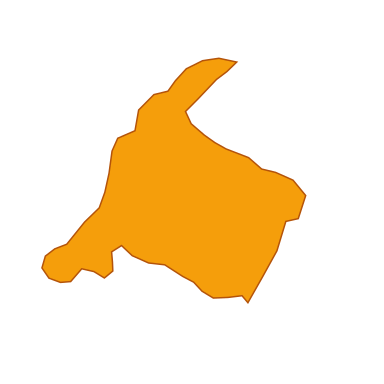 Keryneia, Cyprus (Mercator projection), rotated 294°
{"feature_id": "46923920B20243992884618", "entity_name": "Keryneia", "entity_type": "district", "adm_level": 2, "iso_a3": "CYP", "parent_name": "Cyprus", "parent_adm1": "", "projection": "mercator", "projection_center": [33.314, 35.328], "detail": "fine", "context": "isolated", "style": "filled", "palette": "amber", "viewbox_px": 384, "rotation_deg": 294, "n_neighbors": 0, "source": "geoboundaries", "source_scale": "gbopen_adm2", "svg_char_len": 872}
<svg xmlns="http://www.w3.org/2000/svg" viewBox="0 0 384 384"><g transform="rotate(294 192 192)"><path d="M113.6,288.1L143.6,291.0L172.8,293.5L203.3,289.7L210.9,299.9L235.0,297.3L243.9,279.5L243.9,260.4L241.3,246.3L246.4,229.8L245.2,205.5L246.4,192.8L249.0,180.0L254.0,163.5L262.9,153.3L279.4,159.6L304.8,168.6L316.2,174.9L328.9,180.0L325.1,162.2L319.3,153.0L316.2,148.2L302.3,136.7L287.0,131.6L274.3,129.0L265.5,117.6L245.2,109.9L224.8,115.0L210.9,102.3L196.9,102.3L175.3,108.6L156.3,112.5L139.8,113.7L120.8,106.1L93.3,98.8L84.3,89.8L73.8,84.1L61.6,85.8L55.1,96.4L55.9,108.6L60.8,117.6L77.0,122.5L79.4,134.7L78.8,139.5L77.8,146.9L79.7,147.9L87.6,151.8L95.7,147.8L104.6,142.9L114.4,149.4L109.5,163.3L109.5,181.2L114.4,196.7L111.1,217.9L110.3,230.2L105.4,241.6L103.8,254.6L110.3,267.7L117.6,279.9L113.6,288.1Z" fill="#f59e0b" stroke="#b45309" stroke-width="1.5"/></g></svg>